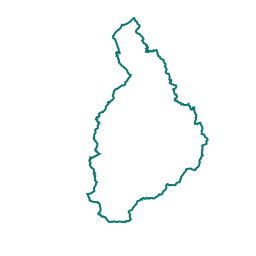 Ban Ta Khun, Surat Thani, Thailand (Albers equal-area conic projection), rotated 225°
{"feature_id": "78962969B58743174421215", "entity_name": "Ban Ta Khun", "entity_type": "district", "adm_level": 2, "iso_a3": "THA", "parent_name": "Thailand", "parent_adm1": "Surat Thani", "projection": "albers", "projection_center": [98.73, 9.118], "detail": "fine", "context": "isolated", "style": "outline", "palette": "teal", "viewbox_px": 256, "rotation_deg": 225, "n_neighbors": 0, "source": "geoboundaries", "source_scale": "gbopen_adm2", "svg_char_len": 5840}
<svg xmlns="http://www.w3.org/2000/svg" viewBox="0 0 256 256"><g transform="rotate(225 128 128)"><path d="M110.1,52.7L105.9,51.0L105.2,51.0L104.3,49.8L103.5,49.7L100.6,51.1L98.1,52.9L97.2,54.0L96.7,53.8L96.5,54.1L95.3,54.4L93.4,53.6L92.6,52.8L91.0,52.1L88.9,50.0L88.6,49.5L88.8,47.2L87.8,46.0L87.2,46.3L86.4,47.4L85.9,47.3L85.2,46.8L83.8,46.8L83.0,48.0L82.1,48.0L80.9,49.0L79.7,48.4L75.0,48.2L74.1,49.0L73.9,49.6L72.7,50.4L72.2,51.9L69.5,53.4L69.0,54.5L68.0,55.7L65.7,57.6L64.6,58.2L64.2,59.3L63.4,59.6L63.5,61.0L62.3,62.0L61.5,63.1L61.4,64.1L61.8,64.7L61.5,65.4L64.7,66.9L65.4,68.5L66.7,68.7L68.5,69.4L68.4,70.7L67.5,72.2L67.5,74.0L68.1,75.0L68.1,77.0L68.5,78.1L68.4,79.4L68.1,79.9L69.4,82.2L69.6,83.3L69.0,83.9L68.4,85.5L68.3,86.4L68.6,86.8L67.3,87.6L67.9,88.5L67.6,89.5L67.1,89.9L66.0,89.9L65.2,90.8L65.3,92.0L63.3,92.7L63.5,93.5L62.6,94.1L61.6,95.7L60.4,95.9L59.6,96.8L59.4,98.8L59.1,100.1L58.6,101.0L58.6,101.9L59.1,103.1L57.8,103.8L57.2,105.3L57.5,106.5L58.0,107.0L58.3,108.6L58.1,109.5L57.8,110.0L57.8,110.8L58.4,111.6L58.5,112.7L60.4,114.5L60.5,116.2L60.3,116.4L58.2,116.7L57.7,117.8L54.2,120.8L54.1,121.3L54.6,122.3L54.7,123.7L54.3,124.7L53.2,126.1L54.3,128.0L54.9,128.6L54.7,129.8L55.6,130.9L56.0,131.1L56.1,133.8L56.8,136.7L56.7,138.5L57.7,140.2L56.7,141.2L56.3,142.3L54.8,143.8L53.5,143.9L52.1,144.8L51.9,145.3L50.9,145.5L50.7,145.9L51.1,147.2L51.3,148.6L50.9,149.8L51.4,152.2L52.3,153.1L52.9,154.7L54.2,155.1L54.7,155.8L55.0,156.9L54.7,157.7L55.2,158.4L55.3,159.0L56.1,160.0L55.8,161.6L57.3,161.6L57.7,162.3L58.5,163.0L59.1,164.3L60.0,164.7L61.2,166.9L62.9,167.5L63.0,168.4L61.3,172.3L61.9,172.8L62.0,173.3L63.4,174.1L63.3,176.0L64.1,176.4L65.8,176.5L67.2,176.0L69.4,177.3L71.0,176.1L71.8,175.9L73.2,177.5L74.1,178.2L74.6,179.8L75.2,180.7L77.4,181.6L79.2,181.9L80.2,182.8L80.7,182.8L81.4,181.8L81.8,179.8L82.5,179.6L83.2,178.6L83.7,178.3L85.2,180.1L86.3,182.6L87.7,183.3L87.7,184.1L88.0,184.6L89.4,185.6L90.1,185.4L90.9,186.2L92.0,186.3L92.9,187.1L93.7,187.2L94.6,187.8L95.3,189.2L95.7,189.3L96.1,189.3L96.4,188.9L96.3,187.7L95.7,186.3L96.1,185.8L97.3,185.6L99.5,187.2L101.0,186.9L102.2,187.8L102.4,186.5L104.2,184.1L104.7,183.8L106.0,183.9L106.8,182.4L107.4,182.3L108.2,183.0L108.8,183.0L110.4,181.6L112.0,182.0L112.7,181.2L113.2,181.6L114.5,180.5L115.6,182.1L115.0,183.4L115.7,185.0L117.5,185.7L118.2,184.9L118.8,184.9L120.7,185.9L121.7,186.9L123.5,187.3L122.6,189.2L122.7,190.6L123.1,191.3L123.9,191.9L124.1,192.0L127.7,190.0L130.2,189.3L130.8,189.8L130.3,191.4L131.2,192.4L131.6,192.5L132.4,191.4L133.1,191.5L134.6,193.6L137.1,195.1L137.9,195.0L138.8,194.0L140.0,193.9L140.8,194.1L141.5,195.2L142.1,196.8L144.5,197.6L145.4,197.5L146.2,199.4L146.9,199.9L148.2,199.8L150.3,200.4L151.0,201.3L151.3,201.3L153.1,200.4L154.0,200.4L154.6,200.2L155.8,200.9L157.7,200.3L158.3,200.9L158.9,200.8L159.3,201.5L163.1,203.3L164.1,201.1L164.6,201.0L164.3,200.6L164.9,200.1L165.0,199.1L165.5,198.7L166.3,198.6L166.5,198.2L166.9,198.2L166.9,197.8L167.2,197.7L167.4,197.2L167.3,196.4L167.7,196.3L167.5,196.1L168.6,194.8L168.9,194.9L168.9,194.5L169.0,194.8L169.2,194.7L169.3,195.6L169.8,195.7L169.8,196.4L170.1,196.5L170.1,196.8L170.3,196.7L170.1,196.9L170.5,196.9L170.2,197.2L170.4,197.9L170.7,198.4L171.0,198.1L171.0,198.7L171.4,198.5L171.5,198.9L171.8,198.7L172.0,199.0L172.7,199.0L172.6,199.5L173.3,200.0L174.5,199.5L175.9,199.6L177.1,199.1L179.8,199.9L179.5,201.5L182.2,202.6L184.2,202.4L186.5,202.7L187.0,202.5L187.3,201.9L188.8,201.5L189.4,201.4L190.5,201.7L191.1,202.6L191.3,203.4L191.3,204.6L191.0,205.6L191.3,206.1L191.3,207.5L192.2,208.6L193.7,208.7L194.9,208.3L196.8,209.4L198.8,208.8L200.6,209.9L201.4,210.0L201.8,208.8L201.8,203.9L202.6,200.6L203.3,199.4L203.6,197.8L204.7,197.2L205.3,196.6L204.6,195.5L203.8,191.7L204.4,190.5L204.4,187.3L204.0,184.7L203.5,183.3L203.6,182.3L202.3,181.7L202.0,181.1L200.1,181.6L199.3,181.5L197.8,180.5L194.5,179.2L192.7,178.0L190.5,177.3L189.4,176.1L187.7,175.6L186.8,175.0L187.1,174.7L189.6,173.6L189.3,173.1L189.4,172.5L187.9,172.2L187.6,171.6L186.9,171.6L186.9,171.2L186.3,171.7L185.9,171.0L184.3,170.6L184.1,169.9L182.9,169.9L182.4,169.2L181.5,169.0L181.1,168.0L176.8,167.7L170.8,168.3L169.0,167.9L168.1,167.2L167.2,167.3L165.9,166.7L165.0,166.7L163.5,167.3L163.4,166.8L163.0,166.5L162.8,162.9L162.1,161.4L162.0,160.3L162.4,158.6L162.0,158.1L161.4,157.9L160.9,157.0L160.9,155.6L161.1,155.0L162.4,154.0L163.3,147.9L164.0,147.1L164.3,146.1L164.0,145.5L164.0,144.5L163.5,143.6L163.5,143.0L162.4,142.1L162.1,141.4L162.0,140.5L161.5,140.0L159.6,139.5L159.1,138.9L158.9,136.4L159.4,135.6L159.0,133.8L159.3,133.4L160.2,133.0L160.3,131.9L160.2,131.7L158.9,131.5L158.9,127.9L158.4,126.9L157.9,126.5L157.1,125.4L157.2,124.3L156.9,123.3L157.2,122.6L156.9,121.5L157.9,120.5L158.6,117.9L158.3,117.0L157.0,116.7L156.6,116.3L156.9,115.1L156.6,114.5L157.7,113.5L157.2,112.9L157.2,111.7L156.6,111.4L155.5,112.0L154.3,110.9L153.3,111.1L152.8,111.5L152.4,111.1L151.5,110.9L151.7,110.0L151.3,108.7L150.7,107.8L149.4,107.0L149.3,105.6L149.9,104.6L149.9,103.4L148.7,102.7L148.4,102.2L147.6,101.8L147.3,99.6L145.7,97.9L145.1,96.5L144.1,96.6L143.3,95.7L142.3,95.7L141.7,95.9L141.2,95.6L138.4,95.3L137.0,93.2L136.2,91.2L136.2,90.3L135.3,89.0L134.7,89.0L134.3,89.4L133.8,89.0L133.1,89.5L132.3,89.1L132.0,89.3L130.7,89.2L129.9,89.5L130.1,88.4L130.7,87.2L130.5,86.5L130.9,86.2L131.1,85.2L131.8,83.9L131.6,83.6L131.9,82.0L132.8,81.2L133.1,81.2L133.0,80.7L133.5,80.5L133.2,80.3L133.4,79.8L133.1,79.0L132.2,79.0L132.3,77.8L132.0,77.3L130.2,77.2L129.8,76.9L129.4,76.3L129.5,75.3L129.1,74.9L127.4,74.6L126.0,74.0L123.7,74.7L122.9,74.2L122.2,74.1L121.1,72.9L119.5,72.8L119.8,71.5L119.3,71.5L118.6,71.0L118.4,71.3L117.4,71.2L117.0,70.7L117.1,70.0L115.0,68.7L114.3,67.5L111.7,67.7L111.5,66.4L110.5,64.9L109.7,61.7L109.0,60.8L107.4,59.9L107.2,59.5L108.2,55.0L110.1,52.7Z" fill="none" stroke="#0f766e" stroke-width="2"/></g></svg>